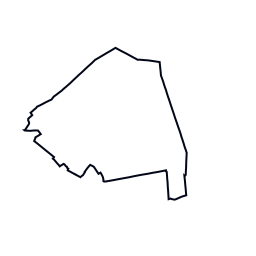 the district of Berveni, Satu Mare, Romania, rotated 37°
{"feature_id": "2599482B34998434361639", "entity_name": "Berveni", "entity_type": "district", "adm_level": 2, "iso_a3": "ROU", "parent_name": "Romania", "parent_adm1": "Satu Mare", "projection": "mercator", "projection_center": [22.481, 47.774], "detail": "fine", "context": "isolated", "style": "outline", "palette": "ink", "viewbox_px": 256, "rotation_deg": 37, "n_neighbors": 0, "source": "geoboundaries", "source_scale": "gbopen_adm2", "svg_char_len": 3124}
<svg xmlns="http://www.w3.org/2000/svg" viewBox="0 0 256 256"><g transform="rotate(37 128 128)"><path d="M203.3,160.4L204.3,159.0L204.5,158.7L205.7,158.4L206.4,158.1L207.6,157.6L208.5,157.0L209.1,156.1L212.1,150.7L213.6,148.6L214.2,147.8L215.0,146.7L213.1,144.6L210.6,141.8L208.1,139.1L205.6,136.3L204.2,134.8L202.4,132.9L201.5,131.9L202.3,131.9L202.3,130.7L200.3,127.8L198.4,124.9L196.4,122.1L195.1,120.3L193.7,118.2L191.7,115.3L189.8,112.5L187.1,110.6L184.2,108.7L181.7,106.8L178.8,104.8L175.3,102.4L173.4,100.9L171.3,99.5L169.7,98.4L169.2,98.1L167.4,96.9L164.6,95.0L163.6,94.3L161.8,93.1L158.8,91.1L156.0,89.1L152.6,86.8L149.7,84.8L146.8,82.8L143.8,80.7L140.5,78.5L137.0,76.0L135.6,74.9L134.0,73.9L132.9,73.2L130.6,71.6L128.5,70.0L125.6,68.1L122.7,66.2L120.1,63.3L118.3,61.4L116.0,58.9L113.6,56.3L111.0,57.7L108.6,59.0L106.4,60.2L104.6,61.2L104.0,61.5L101.6,63.0L99.3,64.5L97.0,65.9L94.9,67.4L94.7,67.7L92.5,68.0L90.0,68.4L86.5,68.9L84.3,69.2L81.8,69.6L78.2,70.2L76.7,70.5L73.3,71.0L69.8,71.5L68.6,74.4L67.5,77.2L66.0,80.6L64.8,83.6L63.4,87.0L62.1,90.2L60.7,93.4L60.6,94.3L60.4,95.5L60.0,98.2L59.3,101.6L58.9,103.6L58.6,105.4L58.3,106.9L58.1,108.4L57.5,111.8L56.8,115.3L56.2,118.8L55.6,122.2L55.1,125.5L54.4,129.1L54.1,130.6L53.7,132.5L53.1,134.9L53.1,135.5L52.9,135.9L52.6,138.0L51.8,140.7L51.3,142.5L50.6,145.1L49.8,147.6L49.8,149.3L49.8,150.1L49.8,151.3L48.5,153.7L47.3,156.0L46.3,158.1L45.3,160.3L43.9,163.2L42.5,165.8L42.6,166.8L42.6,167.1L42.1,169.3L41.5,172.1L41.2,173.6L41.0,174.4L42.4,174.9L43.4,175.2L43.8,175.4L43.5,176.9L42.9,179.6L42.7,180.6L43.8,182.1L45.4,182.9L46.2,183.8L46.4,184.4L46.6,185.5L46.7,187.6L46.8,188.9L46.8,189.3L46.9,191.1L46.9,191.8L46.6,192.1L46.9,192.1L47.3,192.0L47.9,191.6L50.1,190.1L51.0,189.5L51.6,189.1L51.9,188.9L52.7,188.1L52.9,187.9L53.2,187.6L53.6,187.3L54.5,186.5L54.8,186.3L55.1,186.0L56.1,185.3L56.9,184.7L57.6,184.2L58.9,184.5L62.0,185.4L60.9,188.3L59.7,191.2L60.2,192.1L60.9,194.9L62.1,194.9L63.4,194.9L69.1,195.1L74.5,195.3L77.4,195.4L85.8,195.7L86.4,195.7L86.4,197.7L87.8,197.7L91.6,198.6L93.1,198.9L94.8,199.2L96.6,199.7L96.8,198.8L97.3,197.6L97.7,196.8L98.1,195.4L98.3,195.3L99.6,195.4L101.0,195.8L101.5,195.9L102.0,195.9L102.5,195.7L102.9,196.0L103.3,196.4L103.5,196.5L104.3,196.5L104.8,196.4L104.9,196.9L105.3,198.1L108.7,197.6L114.2,196.8L114.1,196.7L117.2,196.3L118.9,196.0L119.2,195.9L119.5,195.9L119.5,195.6L119.7,195.3L120.4,192.6L120.4,192.3L120.1,189.2L119.8,189.1L119.7,184.7L119.8,182.4L120.0,180.2L122.2,179.8L124.0,179.5L129.9,181.6L132.0,182.3L132.3,181.6L132.4,181.4L132.9,180.2L134.2,180.7L135.7,181.4L137.2,182.2L137.5,182.4L139.1,183.7L139.7,184.3L140.2,185.0L140.4,185.3L141.2,185.1L141.6,184.8L142.5,184.0L144.2,182.2L146.9,179.3L150.3,175.6L150.6,175.2L151.2,174.6L154.4,171.1L158.4,166.8L161.7,163.0L165.5,158.8L168.6,155.5L171.4,152.6L174.6,149.0L178.1,145.3L179.2,144.1L182.6,140.3L182.8,140.1L183.3,139.6L183.7,139.0L184.0,139.3L183.9,139.5L184.0,139.7L184.2,139.8L185.0,139.6L185.6,140.0L186.0,140.5L186.8,141.4L187.6,142.3L190.0,145.1L192.6,147.9L194.9,150.7L198.0,154.2L203.3,160.4Z" fill="none" stroke="#020617" stroke-width="2"/></g></svg>